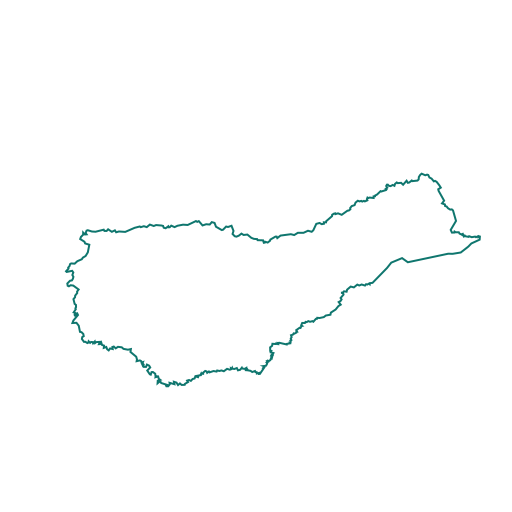 Sanga, Niassa, Mozambique, rotated 232°
{"feature_id": "85939544B99370318353636", "entity_name": "Sanga", "entity_type": "district", "adm_level": 2, "iso_a3": "MOZ", "parent_name": "Mozambique", "parent_adm1": "Niassa", "projection": "robinson", "projection_center": [35.467, -12.288], "detail": "fine", "context": "isolated", "style": "outline", "palette": "teal", "viewbox_px": 512, "rotation_deg": 232, "n_neighbors": 0, "source": "geoboundaries", "source_scale": "gbopen_adm2", "svg_char_len": 6073}
<svg xmlns="http://www.w3.org/2000/svg" viewBox="0 0 512 512"><g transform="rotate(232 256 256)"><path d="M215.4,439.1L218.9,437.2L218.8,435.3L218.0,433.0L216.2,431.3L216.0,429.7L218.8,425.2L219.6,425.2L219.6,421.9L220.2,420.7L222.6,421.0L221.6,415.8L224.3,415.4L226.2,412.5L227.3,412.2L227.2,409.9L226.1,408.3L227.8,407.5L228.2,405.1L229.3,404.0L231.1,403.8L231.6,403.1L231.0,401.7L229.0,401.5L229.0,399.6L228.1,399.8L227.9,399.1L229.7,394.4L230.4,394.1L229.9,389.2L230.3,387.1L229.8,386.6L230.6,385.4L229.3,384.4L232.1,381.5L232.5,380.1L233.4,379.8L232.5,378.3L231.3,378.0L232.0,375.4L233.0,375.0L233.5,373.2L234.6,372.9L235.3,371.2L236.9,370.2L236.8,367.3L235.4,365.0L236.4,362.1L235.8,359.7L234.7,359.1L234.7,357.1L235.4,356.0L235.7,348.9L239.1,346.9L240.1,344.4L240.8,344.7L241.4,343.5L241.6,341.4L240.6,340.5L240.2,332.7L239.4,331.9L240.8,330.2L239.6,329.4L240.6,327.4L242.9,326.4L244.2,323.3L241.0,317.0L240.8,314.8L243.9,312.5L245.0,307.8L248.5,303.3L249.0,299.0L251.7,296.9L257.0,287.9L257.0,283.8L258.6,284.2L259.3,283.3L260.1,277.4L259.4,276.5L259.4,273.5L261.6,272.0L261.1,271.2L261.6,270.3L264.0,271.2L267.5,267.0L268.6,267.3L270.8,264.9L273.2,263.5L278.2,262.4L280.2,259.2L282.6,258.3L282.6,255.0L283.3,252.5L284.7,251.4L287.8,251.1L289.6,253.7L294.9,255.3L296.1,251.8L297.6,250.6L297.0,246.2L297.5,245.0L303.7,242.5L307.6,243.7L309.9,242.0L309.3,238.9L311.7,236.3L313.0,232.7L318.7,232.4L319.1,230.7L320.5,230.2L322.5,221.3L325.6,217.8L328.2,212.7L328.9,209.6L332.1,207.9L331.8,205.7L332.5,204.7L333.4,205.1L333.5,201.9L335.1,200.7L336.9,201.3L338.2,200.3L341.9,196.3L342.6,193.9L346.1,191.7L346.0,187.7L348.5,186.0L349.7,182.9L350.8,182.6L352.9,177.8L355.5,167.8L359.7,163.1L360.8,160.4L363.1,160.6L363.8,157.3L368.1,155.9L367.7,153.7L369.1,152.0L370.5,152.2L373.9,144.5L376.3,141.8L379.9,139.3L380.3,138.1L379.0,135.9L377.4,135.8L378.3,134.4L380.8,134.2L379.2,132.9L378.8,129.8L377.6,127.9L372.9,129.6L371.1,129.1L367.5,131.6L362.4,125.7L360.9,121.7L361.3,118.6L360.7,116.7L361.9,112.0L361.6,108.4L363.9,105.8L364.1,104.6L362.8,102.7L362.5,100.9L361.5,100.5L360.9,96.9L360.0,97.0L357.5,102.0L355.5,101.9L354.1,99.6L352.0,99.3L350.8,97.7L350.1,95.9L351.0,94.2L350.5,90.4L348.5,89.3L347.3,89.9L347.1,91.9L345.2,93.8L338.8,95.6L338.1,93.1L336.9,92.3L336.1,89.1L334.9,88.0L334.4,85.6L329.9,83.6L328.3,84.0L326.5,82.7L326.0,81.5L325.0,81.2L323.8,77.6L322.0,78.7L321.4,76.9L320.6,76.6L319.9,77.3L320.5,79.7L319.1,79.4L317.6,72.4L316.2,70.1L313.9,73.4L310.2,73.4L304.6,70.6L303.4,71.6L300.9,71.9L298.9,70.9L299.1,69.2L297.8,67.7L294.2,67.6L293.5,68.7L291.2,69.5L291.0,70.5L291.8,71.6L289.7,71.8L289.8,73.1L288.7,74.3L287.5,73.9L287.9,76.3L286.5,75.6L286.5,77.1L284.4,80.2L283.2,78.0L282.6,78.9L283.2,80.8L280.7,79.9L278.9,81.1L277.3,79.5L276.5,82.0L274.2,81.3L272.3,81.8L273.0,84.1L270.9,85.8L272.7,86.8L272.2,88.2L269.6,88.6L269.4,91.3L266.7,94.0L264.4,94.4L261.0,97.4L259.7,100.1L257.7,98.0L250.4,99.6L247.7,98.5L246.6,97.2L245.2,100.2L243.8,100.8L242.5,100.2L242.0,101.6L240.9,99.7L239.5,99.4L240.0,100.6L239.5,100.6L238.4,99.1L237.8,99.2L236.3,101.1L237.6,103.2L235.4,104.3L233.3,104.0L232.7,99.8L228.2,99.5L227.3,100.0L228.8,102.2L228.1,103.3L225.3,104.1L223.3,102.9L222.8,103.4L222.3,102.4L221.3,104.7L219.1,103.8L217.3,104.3L218.2,101.8L216.3,100.1L216.4,102.3L215.5,103.3L214.3,103.1L208.9,106.8L208.5,106.3L209.0,105.3L208.5,105.2L207.4,106.6L208.0,109.1L209.3,109.8L205.2,112.8L207.4,113.9L205.2,115.4L202.3,115.1L202.4,117.6L200.2,118.0L198.4,120.5L199.0,121.4L198.5,124.8L200.2,125.0L199.5,126.9L197.7,127.8L198.1,130.3L197.3,132.2L198.5,134.1L196.2,135.7L196.7,136.4L197.7,136.1L196.3,138.8L197.1,140.4L196.3,140.2L196.6,141.3L195.8,141.9L196.6,142.6L196.7,145.2L195.5,146.0L194.0,145.6L194.0,147.8L192.9,147.8L191.5,151.7L189.2,153.8L189.7,154.9L187.9,156.4L187.1,158.3L185.0,159.7L184.9,163.7L182.5,165.4L182.1,166.7L182.8,167.1L182.2,167.3L182.5,168.2L181.9,167.9L180.3,169.4L179.5,171.9L177.0,171.4L176.1,173.4L176.7,176.1L175.8,175.9L174.0,177.6L173.8,179.2L172.3,177.7L171.4,178.7L172.0,179.4L170.8,179.3L168.9,181.0L166.9,181.6L166.0,184.4L164.9,184.1L164.0,185.0L162.9,184.3L161.8,186.8L161.1,185.9L160.7,186.5L162.9,193.4L163.4,192.9L163.9,194.6L164.6,194.2L163.4,196.2L163.9,197.7L164.7,198.9L165.4,198.8L165.2,200.2L166.5,200.0L166.4,200.8L165.4,201.1L165.1,203.1L166.2,204.9L165.5,205.2L166.5,206.6L167.1,206.4L167.3,207.4L168.2,206.7L168.5,207.4L167.7,207.9L168.8,210.0L171.0,208.3L171.8,209.6L172.5,208.8L175.3,210.9L175.3,213.4L176.7,214.9L174.4,217.5L174.7,218.0L173.4,218.8L174.0,219.3L173.3,219.6L173.8,219.9L173.3,220.9L167.4,225.7L167.8,226.1L166.2,229.1L166.9,229.3L166.5,229.8L167.0,230.5L168.2,231.0L168.0,232.1L169.6,232.6L170.1,234.1L172.0,234.8L171.3,236.6L171.8,238.0L171.2,238.3L170.8,240.6L171.4,241.1L171.0,241.8L172.8,242.1L172.6,246.3L171.9,246.8L172.8,248.6L172.5,249.3L173.6,249.0L174.8,251.2L173.1,253.3L173.6,254.5L172.7,255.2L172.5,257.1L170.9,258.1L169.9,260.4L168.9,260.7L169.6,264.5L169.0,265.4L169.6,266.2L168.0,267.9L166.1,271.8L166.1,274.4L163.9,278.5L165.3,280.1L164.8,285.8L165.8,290.1L165.5,292.8L168.8,292.8L168.5,295.0L169.1,296.7L170.8,296.8L171.7,301.2L173.1,301.8L174.6,300.4L173.7,302.2L174.0,303.6L172.1,305.4L173.4,307.1L173.6,311.8L171.0,313.8L171.1,318.2L169.2,319.2L168.5,321.7L165.6,323.7L166.0,325.4L165.0,326.1L164.7,328.0L163.7,328.2L164.5,329.0L163.1,331.3L165.9,351.9L167.5,358.5L164.4,369.8L157.6,371.8L139.5,408.8L136.6,412.4L132.7,419.5L132.7,429.1L133.3,433.4L131.2,442.3L133.5,444.4L134.2,443.9L134.2,442.8L134.9,443.1L135.4,440.9L136.4,440.6L138.0,437.6L140.4,436.1L140.2,435.3L142.7,433.1L143.5,433.1L143.4,431.9L145.0,432.3L144.7,431.8L145.4,431.5L146.3,432.1L146.6,431.1L148.3,430.2L149.9,430.4L151.8,427.9L153.0,427.5L152.4,426.7L153.8,424.8L156.7,425.5L160.5,435.2L170.6,439.3L172.2,439.0L173.0,437.6L175.4,436.7L177.6,436.7L179.0,435.8L180.3,436.6L182.9,435.0L183.8,438.3L194.9,440.0L196.4,440.7L196.1,443.7L199.0,444.0L203.3,444.0L205.0,443.3L205.3,442.1L208.9,442.0L211.1,441.0L213.8,441.6L214.8,440.9L215.4,439.1Z" fill="none" stroke="#0f766e" stroke-width="2"/></g></svg>